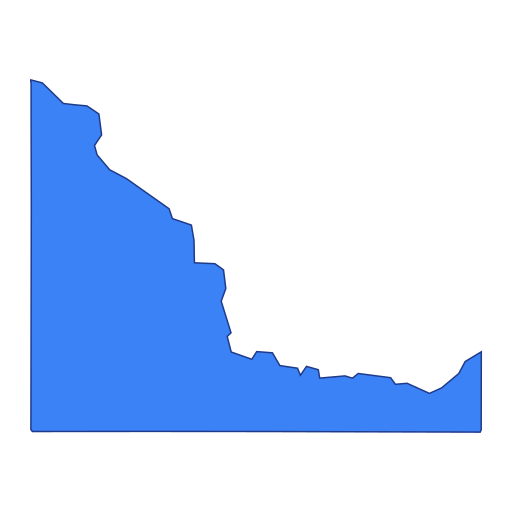 outline of McClain, Oklahoma, United States of America
{"feature_id": "52423323B26439939384184", "entity_name": "McClain", "entity_type": "district", "adm_level": 2, "iso_a3": "USA", "parent_name": "United States of America", "parent_adm1": "Oklahoma", "projection": "robinson", "projection_center": [-97.344, 35.096], "detail": "fine", "context": "isolated", "style": "filled", "palette": "blue", "viewbox_px": 512, "rotation_deg": 0, "n_neighbors": 0, "source": "geoboundaries", "source_scale": "gbopen_adm2", "svg_char_len": 773}
<svg xmlns="http://www.w3.org/2000/svg" viewBox="0 0 512 512"><path d="M481.3,351.8L465.2,361.5L458.8,373.5L441.6,387.9L429.4,393.4L407.1,383.3L395.4,384.3L390.6,377.7L358.2,373.5L352.4,378.2L345.0,375.9L319.7,378.1L318.3,369.7L306.5,366.4L300.4,375.3L297.5,368.2L279.9,365.6L272.4,352.8L256.7,351.6L251.8,359.3L231.2,352.0L227.2,336.4L231.0,332.8L221.2,301.2L225.8,288.5L223.5,269.9L214.9,263.7L194.4,262.8L194.0,240.4L191.4,225.1L172.4,218.6L169.1,208.8L126.4,178.6L109.7,169.8L97.1,154.9L94.5,145.5L101.6,134.9L98.9,114.0L86.9,105.9L74.8,104.8L63.4,103.5L42.3,82.9L30.8,79.9L30.7,81.1L31.1,83.3L31.1,113.8L31.3,209.0L31.0,378.4L30.9,429.6L32.4,431.5L150.5,431.4L264.8,431.5L480.2,432.1L481.2,429.8L481.3,351.8Z" fill="#3b82f6" stroke="#1e3a8a" stroke-width="1.5"/></svg>